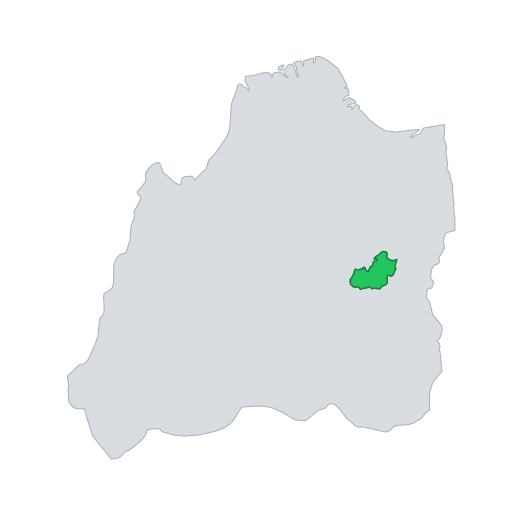 location of Mashegu, Niger, Nigeria, rotated 173°
{"feature_id": "59680162B45761990386675", "entity_name": "Mashegu", "entity_type": "district", "adm_level": 2, "iso_a3": "NGA", "parent_name": "Nigeria", "parent_adm1": "Niger", "projection": "natural_earth1", "projection_center": [5.371, 9.82], "detail": "fine", "context": "in_parent", "style": "filled", "palette": "green", "viewbox_px": 512, "rotation_deg": 173, "n_neighbors": 0, "source": "geoboundaries", "source_scale": "gbopen_adm2", "svg_char_len": 6823}
<svg xmlns="http://www.w3.org/2000/svg" viewBox="0 0 512 512"><g transform="rotate(173 256 256)"><path d="M424.3,72.1L440.0,97.0L443.5,115.5L444.8,124.6L447.4,125.7L452.3,126.2L455.8,128.0L458.0,131.1L459.3,133.9L459.6,135.6L458.7,146.7L457.5,150.7L458.2,156.1L458.0,158.5L457.5,160.1L455.3,161.9L452.4,163.7L445.4,169.0L443.4,169.8L440.4,169.9L437.9,171.2L434.8,174.1L428.4,184.7L422.8,195.3L418.8,212.6L413.9,217.9L413.1,222.7L412.3,233.5L411.6,236.7L410.8,237.7L405.5,239.7L402.4,242.2L400.6,247.0L398.4,263.6L397.5,266.3L395.8,269.2L393.1,272.3L390.8,274.0L384.6,275.2L378.9,287.6L378.8,289.8L376.3,301.1L371.9,309.6L371.6,315.1L366.0,322.6L363.1,327.7L366.1,333.0L366.3,333.9L356.8,342.9L356.2,344.3L355.8,350.5L355.0,352.2L353.3,354.5L350.7,357.0L348.1,359.0L345.1,360.3L342.2,360.8L340.6,360.0L339.7,358.1L338.0,350.5L337.2,348.9L335.3,347.4L327.9,339.0L323.4,336.0L322.4,336.2L321.7,337.0L320.4,341.3L319.2,342.8L316.8,343.4L312.7,343.4L309.7,342.8L309.0,342.0L307.6,338.7L298.4,346.3L295.2,348.0L291.1,357.1L285.3,361.6L281.3,365.5L270.6,377.9L268.4,381.5L266.3,386.9L261.8,410.1L254.4,424.5L253.4,427.6L253.0,427.5L252.0,428.8L249.1,428.0L247.8,425.3L246.1,424.9L243.0,420.9L242.3,421.6L245.6,431.6L244.4,435.5L235.3,435.6L227.5,436.9L222.2,436.7L219.5,435.3L218.3,431.6L217.8,432.0L217.5,434.0L215.8,435.6L209.8,435.9L207.2,433.3L205.0,430.4L202.7,429.2L203.1,430.4L205.7,433.2L205.4,437.2L200.5,441.8L197.4,442.1L195.6,440.1L194.6,436.8L194.1,432.0L192.8,428.8L192.1,428.8L193.0,434.1L193.0,439.0L195.3,442.8L191.8,444.0L187.5,444.1L187.0,442.7L186.4,439.5L185.7,438.7L184.8,444.0L176.1,445.5L174.8,445.3L174.6,444.3L175.2,442.8L175.1,440.4L173.2,442.3L172.9,446.0L171.8,446.6L168.4,446.1L164.8,444.2L158.9,439.5L151.7,431.9L150.5,428.5L148.4,424.3L144.7,412.8L145.4,412.3L147.0,412.9L147.9,411.8L144.8,411.0L144.2,410.2L144.0,407.6L144.2,404.5L148.7,402.9L149.8,401.0L150.4,399.1L144.8,402.0L139.5,398.7L138.4,396.7L138.9,395.2L145.0,395.1L147.2,393.6L145.9,393.1L143.5,393.2L142.7,392.2L142.8,389.8L142.0,390.4L141.0,392.4L137.5,394.0L135.4,392.4L135.2,389.0L134.7,387.5L133.0,386.3L126.8,377.2L119.0,369.6L112.1,364.4L101.6,361.9L79.7,362.0L78.5,361.3L79.9,360.1L81.8,359.3L88.8,355.0L87.6,354.5L80.3,357.1L77.8,357.4L74.6,362.5L53.0,363.6L53.1,361.2L54.0,354.6L55.4,350.0L53.9,344.4L53.6,339.3L54.5,337.7L54.8,335.8L54.6,322.8L55.8,320.9L55.8,319.6L53.6,314.0L53.6,309.8L53.2,305.7L52.4,303.8L53.3,288.0L53.0,284.0L53.8,281.3L54.1,274.4L54.1,267.7L55.5,257.2L64.8,255.8L67.0,251.6L68.3,246.4L67.9,241.2L70.9,236.6L74.5,232.6L74.4,228.2L75.4,226.8L77.1,225.8L79.6,225.3L82.3,223.1L83.9,219.2L85.4,213.0L83.0,208.7L83.1,207.7L84.0,205.4L85.4,203.1L86.6,202.4L89.2,203.0L90.1,202.1L91.8,195.2L91.7,193.4L89.2,188.8L87.8,176.5L87.1,174.9L85.2,172.6L80.1,163.9L80.2,159.8L82.3,154.5L83.7,152.0L85.7,150.5L86.1,149.3L85.5,147.8L84.5,146.7L84.3,144.4L85.3,141.1L85.0,137.4L85.5,118.8L89.7,115.1L95.8,109.1L98.9,102.7L100.6,97.9L102.6,81.9L105.9,80.2L112.0,74.4L120.2,71.0L125.6,69.9L135.1,70.6L139.9,70.0L143.9,66.8L145.8,66.0L148.4,65.4L171.9,73.7L174.0,73.4L175.8,73.9L178.8,76.1L185.7,83.9L193.0,95.8L195.3,98.4L197.6,99.8L199.9,100.3L201.6,100.1L203.3,99.0L205.6,96.7L209.0,95.7L211.9,95.9L226.5,86.7L227.9,86.6L236.9,88.5L249.2,97.8L259.3,103.8L266.3,105.8L274.6,107.2L288.7,107.7L299.3,94.7L303.3,91.9L308.0,89.4L317.9,87.0L334.3,85.3L349.7,86.1L359.3,88.3L369.4,92.5L373.8,96.5L380.7,97.2L385.6,96.4L387.1,92.4L392.0,87.1L399.4,82.3L405.3,78.9L410.3,77.3L414.7,73.4L418.2,72.2L424.3,72.1ZM210.4,441.0L207.1,442.2L204.9,441.9L207.9,436.7L209.4,437.8L211.3,438.3L210.4,441.0Z" fill="#d9dde1" stroke="#a8b0b8" stroke-width="1"/><path d="M151.4,231.2L151.6,230.1L151.9,230.2L152.3,230.1L153.2,230.1L154.0,230.2L154.1,230.3L154.2,230.2L154.3,230.2L155.0,229.9L155.8,229.7L156.5,229.7L157.6,230.1L158.3,230.6L158.9,230.8L159.5,230.4L159.9,229.6L160.4,228.5L160.6,228.0L160.6,227.6L160.8,226.9L161.4,226.1L164.0,222.4L164.6,221.9L165.1,221.7L165.2,221.4L165.3,221.1L165.3,220.9L165.2,220.7L165.0,220.3L165.1,220.1L165.3,220.0L165.6,219.9L165.6,219.7L165.8,219.5L165.9,219.3L165.9,219.1L165.7,219.0L165.6,218.8L165.6,218.7L165.6,218.4L165.4,218.1L165.4,217.9L165.4,217.7L165.5,217.5L165.5,217.4L165.5,217.2L165.7,216.8L165.7,216.7L165.4,216.1L165.1,215.8L164.8,215.6L163.9,214.5L163.5,213.9L163.4,213.8L162.4,213.1L161.6,212.7L160.9,212.9L159.7,213.0L159.1,212.9L157.5,212.0L156.7,210.5L156.1,210.0L155.4,210.3L153.8,210.8L153.3,210.8L152.5,210.8L151.4,210.7L150.0,210.8L149.1,211.2L148.6,211.2L148.1,211.4L147.5,211.7L147.2,211.7L147.0,211.4L146.5,210.9L146.2,210.6L145.9,210.3L145.8,210.1L145.7,209.8L145.5,209.6L144.9,209.4L144.5,209.3L143.6,209.5L143.1,209.7L142.7,209.7L142.3,209.6L142.1,209.5L141.6,209.4L140.9,209.1L139.8,209.0L139.5,208.8L138.1,208.4L137.3,208.1L137.1,208.4L136.9,208.6L136.1,209.2L135.3,210.1L134.6,210.5L133.7,210.8L132.9,211.1L131.9,211.4L130.9,211.5L130.5,211.9L129.9,212.5L129.2,212.8L128.9,213.6L128.8,214.7L128.6,215.3L128.6,216.2L128.5,216.8L128.5,217.9L128.4,218.3L128.4,219.0L128.3,220.0L127.8,220.8L127.4,220.9L127.0,221.0L126.1,220.6L125.5,220.0L124.6,219.4L124.1,219.5L123.4,219.8L122.6,220.3L122.1,221.1L121.2,221.9L121.0,222.7L120.8,223.5L120.7,223.7L120.4,224.0L119.6,224.9L119.2,225.2L118.7,226.6L118.8,226.6L119.3,227.6L119.2,228.2L119.2,228.9L119.1,229.7L118.3,231.3L117.4,233.3L116.8,235.3L121.3,234.7L123.4,236.0L125.5,237.1L126.5,239.5L125.7,241.0L125.5,242.2L125.7,242.9L126.1,243.8L126.3,244.0L126.6,244.2L126.8,244.3L127.0,244.4L127.4,244.5L127.6,244.5L127.9,244.5L128.6,244.9L128.8,245.0L129.7,245.0L130.1,244.8L130.4,244.6L131.4,244.2L131.9,243.9L132.0,243.8L132.3,243.7L132.5,243.5L132.8,243.3L133.0,243.1L133.3,242.9L133.9,242.3L134.3,242.1L134.9,241.8L135.9,241.4L136.2,241.3L136.7,241.1L137.1,240.9L137.9,240.4L138.7,239.4L139.1,238.9L139.1,238.7L138.7,238.4L138.4,238.3L138.0,238.3L137.7,238.3L137.4,238.5L136.9,238.4L136.6,238.3L136.3,238.1L136.2,237.9L136.3,237.6L136.5,237.1L136.8,236.5L137.3,236.2L137.7,236.1L138.3,236.5L139.0,236.5L139.2,236.2L139.4,236.3L139.9,236.0L140.2,235.7L140.3,235.7L140.4,235.2L140.6,234.9L140.8,234.8L140.9,234.5L140.8,234.1L140.9,233.9L141.1,233.5L141.3,233.1L141.4,232.8L141.6,232.4L141.8,232.3L141.9,232.1L142.1,231.9L142.3,231.9L142.8,231.7L143.7,231.7L143.9,231.5L144.0,231.0L144.3,230.7L144.3,230.4L144.4,230.0L144.6,229.9L144.8,229.7L145.0,229.6L145.2,229.2L145.3,229.1L145.4,228.9L145.5,228.7L145.8,228.3L146.0,227.9L146.1,227.6L146.3,227.4L146.3,227.2L146.5,227.2L146.7,227.4L146.9,227.5L147.1,227.5L147.6,227.4L148.0,227.5L148.3,228.0L148.4,228.3L148.6,228.6L148.7,229.0L148.7,229.3L148.8,229.4L148.9,229.7L149.0,229.8L149.0,230.1L149.1,230.4L149.1,230.7L149.2,231.1L149.6,231.5L149.9,231.6L150.0,231.5L150.3,231.5L150.5,231.3L150.8,230.8L151.4,231.2Z" fill="#22c55e" stroke="#15803d" stroke-width="1.5"/></g></svg>